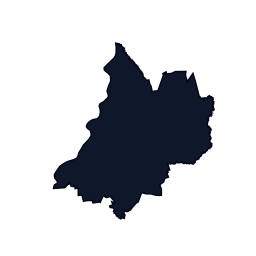 the district of Paraná, Entre Ríos, Argentina, rotated 341°
{"feature_id": "61730980B11552095323688", "entity_name": "Paraná", "entity_type": "district", "adm_level": 2, "iso_a3": "ARG", "parent_name": "Argentina", "parent_adm1": "Entre Ríos", "projection": "natural_earth1", "projection_center": [-59.902, -31.635], "detail": "fine", "context": "isolated", "style": "filled", "palette": "ink", "viewbox_px": 256, "rotation_deg": 341, "n_neighbors": 0, "source": "geoboundaries", "source_scale": "gbopen_adm2", "svg_char_len": 5918}
<svg xmlns="http://www.w3.org/2000/svg" viewBox="0 0 256 256"><g transform="rotate(341 128 128)"><path d="M102.0,206.4L103.3,206.4L107.7,203.6L109.4,202.8L110.0,202.0L110.3,202.1L110.8,201.8L113.6,201.1L120.0,193.3L121.7,194.9L124.3,196.4L128.2,197.7L132.0,200.3L134.5,201.5L137.6,202.5L139.6,196.9L139.6,191.9L144.0,190.7L146.4,187.6L150.2,187.6L150.2,182.9L151.5,182.9L151.5,180.8L153.7,181.2L153.7,178.1L153.8,178.1L154.0,174.7L154.7,174.8L156.0,175.7L157.7,175.9L159.9,177.0L160.8,176.9L161.3,177.1L162.0,176.5L162.6,176.3L163.3,176.6L163.6,176.4L164.1,177.2L164.9,177.4L165.1,177.2L165.6,177.7L166.9,177.7L167.7,177.9L167.9,178.5L168.6,179.0L168.8,179.6L169.4,179.5L170.0,179.9L170.5,179.7L171.9,180.7L172.7,180.3L173.1,181.0L174.5,181.9L175.5,181.5L175.9,181.6L177.4,183.1L178.0,183.3L178.8,183.0L179.5,182.5L180.3,182.3L180.6,181.0L181.6,180.7L182.5,179.9L182.8,179.9L183.0,180.3L183.3,180.4L184.1,180.1L184.8,180.3L185.3,179.4L185.9,179.2L186.0,178.4L188.1,178.2L188.8,177.2L190.3,176.1L191.5,176.4L191.9,175.9L192.9,176.2L192.9,175.9L193.6,175.7L194.5,175.3L194.6,175.1L195.2,175.1L195.8,174.8L196.1,174.1L196.6,173.9L197.1,173.3L197.5,173.3L197.8,173.8L198.6,173.9L199.2,173.5L199.4,173.1L200.8,172.9L201.3,172.1L201.1,171.8L201.8,170.9L201.5,170.2L202.0,170.1L201.8,169.6L200.9,169.4L201.1,168.7L200.7,168.0L201.1,167.7L201.3,166.7L201.0,166.2L201.2,165.9L201.2,165.3L202.5,165.5L203.2,164.6L202.9,161.3L202.5,160.7L202.5,160.3L203.3,160.2L203.4,159.9L203.7,159.8L203.6,159.6L204.5,158.7L204.1,158.1L204.1,157.7L204.5,157.2L204.9,157.0L204.7,156.6L205.3,156.7L205.6,157.1L206.1,156.2L206.1,155.9L205.6,155.3L205.8,155.1L205.5,154.8L205.5,154.3L204.9,153.6L204.0,153.4L204.2,153.0L205.0,152.9L205.0,152.7L203.8,151.8L204.1,150.8L204.0,150.2L204.8,149.2L204.9,148.6L205.3,148.2L205.2,147.9L205.7,147.8L206.1,147.1L206.5,146.9L206.3,146.5L206.6,146.4L206.7,145.9L207.2,145.5L207.0,144.9L207.4,144.0L208.1,143.8L208.3,143.4L209.3,143.2L210.6,143.7L210.8,142.8L211.4,142.8L211.1,142.3L211.7,141.3L211.7,140.9L212.2,141.0L211.7,140.4L212.0,140.2L211.9,140.0L211.6,139.9L212.0,139.5L212.7,139.6L212.4,139.4L212.4,139.0L213.0,139.0L213.3,139.2L213.9,138.7L214.1,138.9L214.2,138.6L214.7,138.9L215.3,138.7L215.0,137.7L215.4,137.6L215.2,137.2L215.4,136.8L215.3,136.7L215.5,135.9L215.1,136.0L215.0,135.8L215.7,135.2L215.2,134.7L215.6,134.4L215.8,134.0L215.7,133.9L216.0,133.7L215.6,133.6L215.8,133.0L216.9,132.5L216.7,132.2L216.9,131.7L216.6,131.4L217.4,131.4L217.7,130.9L217.0,130.5L216.4,131.1L216.3,130.8L216.4,130.4L216.2,130.1L216.7,129.8L216.6,129.6L216.8,129.4L217.1,129.4L217.3,128.8L217.6,128.8L217.5,128.5L217.9,128.2L217.8,127.5L218.1,127.3L217.9,127.0L217.7,127.3L217.0,127.2L216.8,127.0L217.3,126.5L217.0,126.1L216.9,125.4L216.6,125.2L216.3,125.8L216.1,125.8L216.0,125.3L215.6,125.2L215.4,123.9L215.1,123.9L214.9,124.4L214.4,124.8L214.1,124.9L214.0,124.4L213.7,124.3L213.6,124.5L213.8,125.0L213.8,125.3L212.9,125.2L212.6,125.6L211.7,125.0L210.9,125.2L210.3,124.3L210.0,124.3L210.1,124.9L209.7,124.7L209.7,125.0L209.4,125.3L209.0,125.1L209.2,125.5L208.9,125.8L208.5,125.7L208.5,125.3L208.2,125.3L208.4,124.9L208.0,124.0L207.5,124.0L206.6,123.5L206.1,122.2L205.8,122.0L206.0,121.6L205.6,121.3L206.9,104.8L207.2,97.5L199.2,103.5L199.5,96.7L201.2,93.4L191.2,90.1L186.8,90.6L182.1,89.3L182.2,87.3L178.7,87.9L178.6,89.8L168.5,102.5L162.7,101.4L163.4,95.7L162.9,94.1L163.3,89.3L161.0,89.0L160.5,88.0L160.6,87.7L160.2,87.6L160.3,86.9L159.9,86.7L160.1,86.4L159.4,85.2L159.2,85.2L159.1,84.5L158.9,84.1L159.0,83.4L159.3,83.2L159.2,83.0L159.4,82.5L159.2,82.1L159.6,81.3L159.4,81.0L159.5,80.8L158.7,80.0L159.1,79.5L158.5,79.1L158.7,78.3L158.2,77.2L157.9,77.1L157.6,76.5L157.8,75.5L157.6,75.4L157.4,75.6L157.4,75.2L157.1,74.9L157.4,74.2L157.1,74.1L157.2,73.3L156.9,73.0L157.2,72.7L156.7,72.4L156.3,70.9L155.1,69.0L155.0,68.6L155.2,68.4L154.9,68.2L154.9,67.6L154.5,67.6L154.2,67.1L154.5,66.3L153.6,65.8L153.9,65.2L152.9,65.0L153.0,63.5L152.3,63.2L151.8,63.5L151.6,63.3L151.7,62.4L152.2,62.5L152.5,61.5L152.0,61.2L152.0,60.4L151.1,59.8L151.2,58.8L150.6,58.8L150.1,58.0L150.5,57.9L150.6,56.8L150.2,56.5L150.6,56.1L150.1,55.6L149.7,55.6L149.5,54.9L149.7,54.2L150.1,53.7L149.7,53.3L149.3,53.4L149.3,53.1L148.7,53.0L148.8,52.6L149.3,52.8L149.5,52.1L150.0,52.4L150.0,51.7L150.3,51.8L150.6,51.4L149.7,50.8L149.6,50.1L148.6,49.0L148.8,47.0L148.0,46.9L147.9,47.8L147.6,47.9L147.4,47.3L147.8,46.7L147.7,46.4L147.0,46.2L147.0,45.5L144.0,43.8L143.3,47.4L141.3,53.1L139.5,55.7L137.6,57.3L125.3,63.1L124.6,64.4L124.7,65.7L125.3,67.0L126.8,69.2L128.2,72.4L128.2,73.8L127.7,75.6L126.8,78.2L123.5,81.7L120.2,86.3L120.1,90.8L119.5,92.0L118.6,92.9L113.6,95.2L109.7,96.0L108.9,96.5L107.9,98.0L107.8,101.3L107.0,104.1L105.6,106.8L104.0,108.3L101.9,109.3L98.0,108.7L95.5,108.9L92.8,109.8L91.4,110.5L90.3,111.5L89.2,113.0L89.2,113.8L89.7,115.3L91.3,117.4L91.5,118.9L91.4,120.4L91.2,121.8L90.7,123.0L90.1,123.8L86.6,126.4L80.6,129.5L73.3,135.6L71.7,138.2L69.7,139.9L66.0,140.3L61.9,140.1L58.9,140.2L54.2,141.1L50.7,142.3L45.1,146.5L43.3,148.1L42.7,149.8L42.6,152.1L43.7,154.3L43.7,155.7L43.0,157.5L42.6,157.7L41.2,157.5L40.0,157.9L39.3,158.6L37.9,160.9L48.8,163.8L50.4,163.1L51.3,162.1L51.5,162.3L53.4,161.8L53.8,160.7L54.0,161.3L55.0,162.2L55.5,162.8L55.4,164.3L55.3,164.6L57.1,164.7L57.0,165.5L58.7,165.7L58.3,168.2L59.4,168.2L61.3,168.9L59.0,175.6L62.7,176.3L62.1,182.7L67.0,183.6L71.0,185.2L70.7,185.5L70.8,186.3L70.6,187.0L70.4,187.1L70.5,187.4L76.7,188.7L77.2,187.9L77.6,189.1L82.5,184.0L85.2,186.9L88.9,186.9L91.3,192.9L91.1,193.4L91.1,194.4L90.9,194.6L88.7,192.5L88.7,195.7L85.3,195.7L85.3,197.3L87.6,198.6L88.8,200.0L87.1,202.3L88.0,202.9L87.3,204.0L88.4,204.1L88.5,207.1L89.6,207.1L89.0,208.2L90.4,209.4L90.1,210.0L91.8,211.6L92.9,210.4L93.9,211.5L95.0,212.2L96.8,209.1L96.3,208.8L96.5,208.2L96.1,207.9L97.6,205.1L98.3,205.8L98.5,205.6L98.9,206.4L100.8,206.8L102.0,206.4Z" fill="#0f172a" stroke="#020617" stroke-width="1.5"/></g></svg>